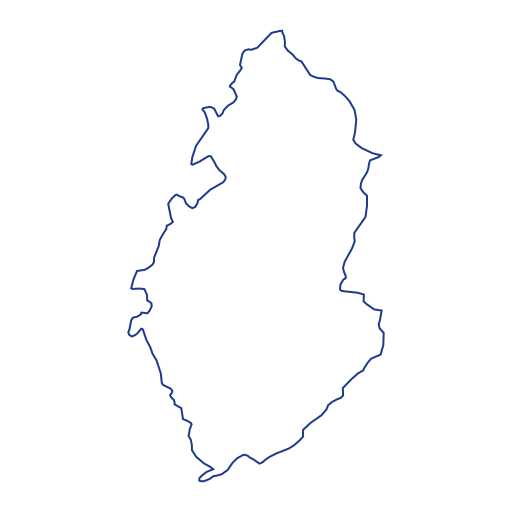 the border of Czechia, rotated 270°
{"feature_id": "CZE", "entity_name": "Czechia", "entity_type": "country or territory", "adm_level": 0, "iso_a3": "CZE", "parent_name": "Europe", "parent_adm1": "", "projection": "albers", "projection_center": [15.441, 49.807], "detail": "fine", "context": "isolated", "style": "outline", "palette": "blue", "viewbox_px": 512, "rotation_deg": 270, "n_neighbors": 0, "source": "natural_earth", "source_scale": "50m", "svg_char_len": 3003}
<svg xmlns="http://www.w3.org/2000/svg" viewBox="0 0 512 512"><g transform="rotate(270 256 256)"><path d="M481.3,282.1L479.6,282.3L475.8,284.1L470.9,284.9L465.5,284.8L461.4,287.8L457.7,292.4L453.7,295.7L451.6,298.6L450.5,301.5L437.0,310.2L435.3,313.7L433.9,318.4L433.5,324.7L432.7,330.3L430.4,333.4L423.0,336.2L421.2,337.6L419.9,340.5L415.8,345.1L411.0,349.4L402.1,354.5L392.4,356.3L379.6,355.0L372.2,353.3L368.6,355.5L363.8,361.8L358.7,372.7L356.7,380.9L354.9,378.6L351.7,370.1L348.2,369.0L343.5,368.3L339.9,367.1L332.2,362.3L328.3,360.9L323.8,360.5L319.5,363.5L316.3,367.0L306.2,367.0L295.1,365.5L279.1,354.3L275.0,354.2L270.6,354.7L263.7,352.1L250.3,344.7L244.0,343.0L240.1,344.0L236.4,345.6L233.9,345.8L232.4,343.4L227.4,340.4L222.4,340.1L221.0,341.8L219.2,358.0L217.4,363.9L210.6,363.6L208.1,366.3L202.6,374.1L201.5,381.6L192.0,380.0L187.6,378.7L183.6,379.6L179.2,383.7L167.0,383.3L157.4,380.6L153.4,371.2L149.1,367.5L143.6,364.0L141.7,363.3L138.7,358.1L133.1,351.7L123.9,342.8L116.6,343.1L114.0,340.7L112.9,337.5L110.0,332.0L106.7,328.1L102.6,326.5L96.8,321.5L89.2,310.7L82.2,303.1L75.3,303.0L71.0,299.0L66.6,293.8L63.5,288.9L58.8,276.9L55.4,270.0L52.6,265.8L49.5,262.2L48.4,259.4L52.7,253.3L54.2,250.2L56.1,247.9L57.1,245.4L57.2,243.5L53.8,237.2L49.1,232.5L42.1,227.7L37.8,221.8L36.3,216.4L35.9,213.5L33.0,209.5L30.7,203.7L30.9,200.2L31.5,199.3L33.9,199.4L36.4,201.9L40.0,206.5L42.8,213.2L44.8,210.8L48.6,204.0L55.1,196.3L61.7,192.0L67.4,191.8L72.1,190.8L76.1,188.6L82.9,189.8L87.7,191.6L89.3,190.6L91.5,186.6L92.9,183.0L103.8,181.3L107.7,174.5L109.8,174.6L112.3,173.7L114.6,171.1L116.9,170.1L118.6,171.5L120.9,172.4L123.3,170.8L127.1,163.0L129.1,161.8L138.6,160.8L151.7,156.5L158.3,152.5L164.8,150.3L171.7,146.5L182.7,142.8L183.3,141.2L178.3,137.1L176.6,134.5L175.5,131.9L177.3,129.1L179.7,128.3L182.8,129.5L191.9,131.3L194.4,133.0L195.3,137.1L197.6,140.9L199.4,141.3L198.7,147.4L201.6,149.8L205.8,151.7L208.7,151.4L210.7,148.9L211.5,147.2L217.2,147.0L222.9,144.4L223.4,140.2L223.1,132.3L223.7,131.2L232.3,133.4L241.0,137.0L242.2,144.9L244.5,148.7L247.2,152.3L249.9,153.9L254.4,154.1L266.2,158.8L271.9,159.7L277.8,162.9L282.7,166.2L286.3,166.8L288.0,170.4L290.2,172.9L294.1,171.0L308.2,168.2L313.4,171.7L316.9,175.4L317.4,176.6L315.6,179.9L314.8,182.5L313.3,184.2L308.5,186.1L305.7,189.0L303.8,192.3L305.1,195.3L309.2,197.6L312.0,198.1L313.1,200.3L322.3,210.2L329.8,223.3L332.6,225.3L335.3,225.7L338.3,223.7L341.8,219.4L346.0,216.3L349.5,214.6L355.7,210.9L355.9,208.5L350.5,199.7L347.3,192.6L348.0,191.3L354.7,192.3L366.1,196.0L383.9,208.3L387.0,208.3L393.1,207.1L399.6,204.8L402.7,202.4L403.9,203.2L405.2,210.2L403.5,214.1L395.7,218.1L396.2,220.0L398.3,222.3L402.0,223.8L406.5,228.3L409.6,233.4L412.3,235.7L415.3,236.8L422.5,233.7L424.4,231.5L425.3,229.9L426.7,230.2L429.3,232.6L430.2,234.1L437.3,236.8L441.5,240.2L444.2,241.8L447.0,240.0L458.3,242.4L461.5,244.7L462.7,248.6L462.2,251.0L464.2,257.2L479.1,271.5L480.9,279.1L481.3,282.1Z" fill="none" stroke="#1e3a8a" stroke-width="2"/></g></svg>